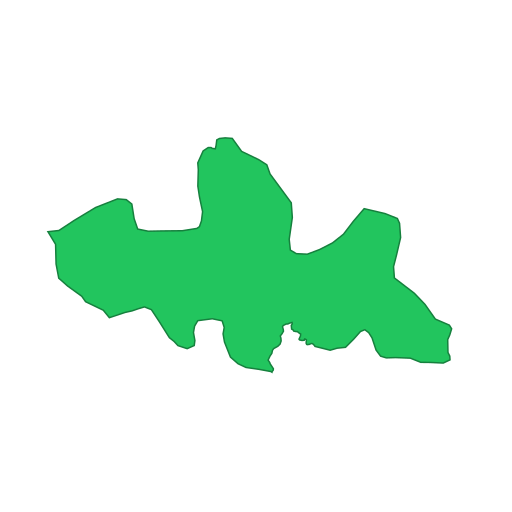 outline of Diema, Kayes, Mali, rotated 10°
{"feature_id": "8926073B21360544825560", "entity_name": "Diema", "entity_type": "district", "adm_level": 2, "iso_a3": "MLI", "parent_name": "Mali", "parent_adm1": "Kayes", "projection": "orthographic", "projection_center": [-9.076, 14.667], "detail": "fine", "context": "isolated", "style": "filled", "palette": "green", "viewbox_px": 512, "rotation_deg": 10, "n_neighbors": 0, "source": "geoboundaries", "source_scale": "gbopen_adm2", "svg_char_len": 2212}
<svg xmlns="http://www.w3.org/2000/svg" viewBox="0 0 512 512"><g transform="rotate(10 256 256)"><path d="M122.3,342.2L136.9,334.3L143.4,331.6L149.0,328.5L155.0,325.5L162.3,327.0L172.6,337.9L184.9,351.5L190.1,354.3L194.7,357.8L204.3,359.2L210.7,354.9L210.5,349.9L207.7,342.2L207.7,335.7L209.9,329.8L214.6,328.3L223.9,325.4L233.9,325.7L237.1,331.9L237.1,338.4L239.9,346.2L248.4,360.0L257.0,365.2L265.5,367.5L278.5,367.1L290.6,367.2L291.9,367.7L291.9,367.0L292.8,365.4L292.7,364.0L288.5,359.5L288.1,358.6L286.0,356.4L287.2,352.0L288.5,349.1L288.6,346.0L289.5,344.1L293.2,341.1L295.0,338.6L295.5,335.3L294.8,332.6L293.8,330.5L295.1,328.1L296.1,325.3L295.6,323.6L294.4,321.1L294.9,319.7L296.1,318.8L297.4,317.8L299.2,317.4L300.5,316.4L303.0,315.2L303.5,316.5L302.8,318.3L303.8,321.8L305.3,322.3L306.2,323.4L308.8,323.5L309.7,323.2L311.5,324.2L312.4,324.7L313.5,325.0L313.7,327.0L312.8,330.4L313.5,331.1L315.9,331.2L316.0,331.2L318.1,330.6L318.1,330.3L318.3,329.3L319.0,329.3L320.2,329.8L320.5,333.1L321.2,334.2L321.8,334.4L323.5,333.9L324.0,333.7L324.7,333.2L325.6,332.6L326.9,332.5L329.0,333.9L329.8,334.8L345.4,335.9L351.9,332.7L360.0,330.4L366.7,320.8L372.0,312.2L376.0,309.7L380.3,311.9L384.5,316.5L390.6,327.8L396.1,333.0L402.0,333.7L411.1,331.8L425.7,329.8L436.7,332.1L445.8,330.6L459.0,328.9L465.1,324.6L464.2,320.9L461.8,317.7L459.3,305.0L460.5,300.2L461.3,293.7L458.4,290.5L443.6,287.0L430.8,274.3L418.4,265.2L396.1,253.6L393.3,242.6L394.2,230.7L395.2,212.7L391.7,198.9L388.7,194.5L375.7,191.8L354.3,190.6L345.8,205.0L338.4,219.3L329.1,229.8L317.5,238.6L306.2,245.3L295.3,246.7L288.8,244.2L285.8,233.8L285.1,211.8L281.5,197.5L270.3,186.8L255.6,172.8L250.8,164.3L242.1,160.7L223.7,155.5L212.2,144.3L205.2,145.0L199.6,146.6L197.2,148.5L197.5,154.2L197.3,157.5L194.2,157.6L192.9,157.0L190.1,157.5L185.7,161.7L182.5,174.4L184.2,181.1L186.6,197.3L190.1,207.7L195.7,221.6L196.1,229.5L196.2,230.8L195.2,236.9L193.0,239.1L179.1,243.9L158.8,247.7L145.6,250.3L134.8,250.0L129.5,240.4L124.7,226.4L118.4,223.0L109.7,223.8L89.6,236.1L70.7,252.6L57.5,265.1L46.9,268.2L56.6,279.3L60.5,298.6L65.6,312.1L75.7,318.3L91.4,325.9L96.1,330.6L115.0,335.9L122.3,342.2Z" fill="#22c55e" stroke="#15803d" stroke-width="1.5"/></g></svg>